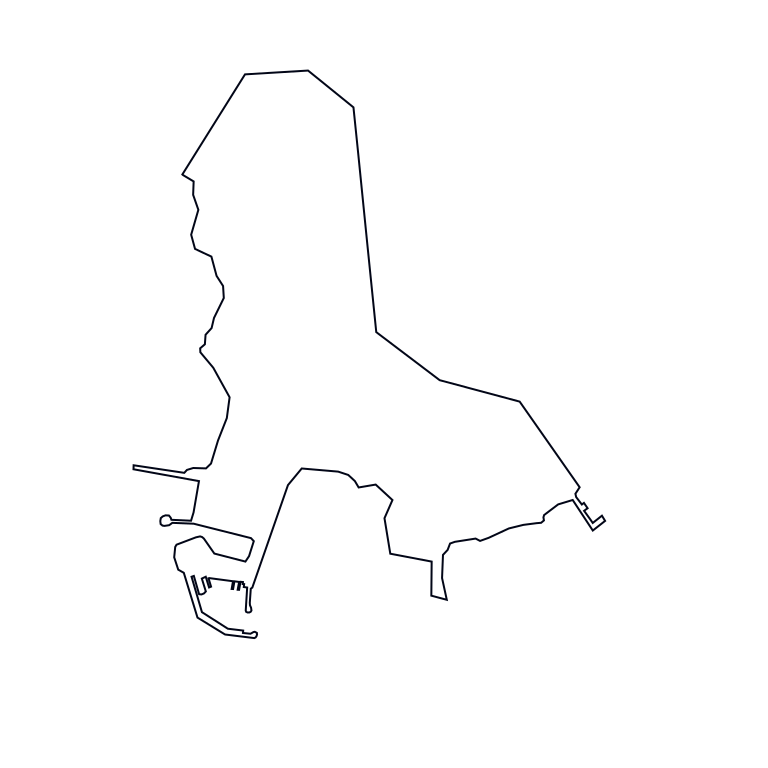 28, Qatar (Natural Earth projection), rotated 195°
{"feature_id": "91078587B7560813116985", "entity_name": "28", "entity_type": "district", "adm_level": 2, "iso_a3": "QAT", "parent_name": "Qatar", "parent_adm1": "", "projection": "natural_earth1", "projection_center": [51.577, 25.289], "detail": "fine", "context": "isolated", "style": "outline", "palette": "ink", "viewbox_px": 768, "rotation_deg": 195, "n_neighbors": 0, "source": "geoboundaries", "source_scale": "gbopen_adm2", "svg_char_len": 2122}
<svg xmlns="http://www.w3.org/2000/svg" viewBox="0 0 768 768"><g transform="rotate(195 384 384)"><path d="M633.0,534.2L632.2,533.8L620.3,530.4L617.3,517.3L608.4,504.2L608.9,478.3L601.5,465.6L592.3,463.9L583.7,462.4L573.7,445.1L564.8,437.0L561.0,425.6L565.3,403.8L565.0,393.4L569.1,385.4L567.3,376.0L570.8,370.9L569.6,367.1L553.1,355.5L529.7,331.2L527.0,310.4L529.7,286.5L530.5,262.4L534.1,256.4L546.5,253.5L552.1,250.0L553.9,246.5L604.8,240.7L603.9,236.8L537.6,242.3L534.7,210.6L535.0,202.0L554.2,197.8L555.4,199.6L557.7,201.3L561.0,200.6L563.4,198.9L564.9,196.7L564.6,193.7L563.5,190.9L561.3,189.9L559.4,190.1L555.0,192.0L552.5,195.1L531.7,199.8L472.6,200.7L469.1,198.5L469.8,182.8L471.9,176.6L504.0,176.3L518.0,188.1L520.1,189.1L522.2,189.2L526.0,187.2L542.8,175.1L543.5,172.6L541.8,162.3L534.7,151.4L528.5,149.8L503.7,110.1L472.7,100.9L443.5,105.0L442.4,106.0L441.9,107.4L441.8,109.2L442.4,110.7L444.7,111.2L445.9,110.6L447.5,109.0L448.4,108.2L455.8,107.0L456.2,109.4L471.5,107.2L500.8,116.5L520.0,148.0L518.0,149.4L508.2,133.1L505.8,133.5L503.7,135.1L502.4,137.5L509.6,148.9L506.3,151.7L500.3,142.2L498.6,143.5L503.2,150.9L502.5,151.3L478.8,154.4L478.1,146.6L476.7,146.9L477.4,154.7L472.7,155.3L472.1,147.4L470.7,147.7L471.4,155.8L469.0,156.2L468.7,154.2L467.3,154.5L466.9,151.6L463.5,152.0L458.9,129.3L458.1,128.2L456.5,128.0L454.9,128.5L453.8,129.5L453.4,130.9L454.5,133.5L456.2,135.6L457.0,137.9L459.7,151.8L458.5,153.3L450.6,261.5L441.6,281.1L405.6,287.5L395.0,286.9L387.0,282.7L381.7,277.5L366.0,284.7L345.8,274.1L348.8,254.5L334.0,221.7L292.0,224.8L283.5,191.8L267.5,191.8L277.7,211.6L282.8,234.2L279.6,240.2L278.9,247.0L274.7,249.9L255.5,258.4L250.6,257.3L243.1,262.5L226.0,276.8L212.9,284.0L200.5,289.1L196.3,290.6L194.2,293.6L195.5,296.5L195.4,298.9L184.6,312.8L171.7,320.8L150.8,302.2L144.4,296.5L135.0,309.0L139.4,313.2L146.4,303.8L149.7,306.6L157.9,313.3L155.2,316.7L160.1,320.9L161.7,318.8L169.1,324.5L170.7,327.5L168.3,334.9L248.4,402.1L331.2,402.1L404.9,432.1L437.2,517.1L468.7,600.3L485.1,643.3L538.5,667.1L598.4,647.1L616.8,587.1L633.0,534.2Z" fill="none" stroke="#020617" stroke-width="2"/></g></svg>